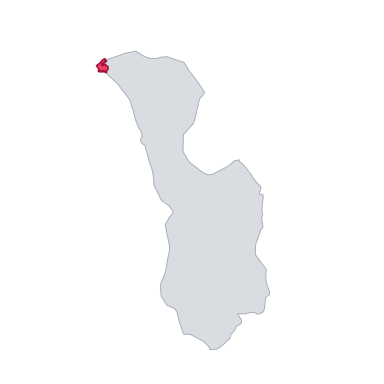 Rucavas pag., Rucavas, Latvia (highlighted), rotated 69°
{"feature_id": "27541924B59290429759101", "entity_name": "Rucavas pag.", "entity_type": "district", "adm_level": 2, "iso_a3": "LVA", "parent_name": "Latvia", "parent_adm1": "Rucavas", "projection": "natural_earth1", "projection_center": [21.143, 56.166], "detail": "fine", "context": "in_parent", "style": "filled", "palette": "rose", "viewbox_px": 384, "rotation_deg": 69, "n_neighbors": 0, "source": "geoboundaries", "source_scale": "gbopen_adm2", "svg_char_len": 3896}
<svg xmlns="http://www.w3.org/2000/svg" viewBox="0 0 384 384"><g transform="rotate(69 192 192)"><path d="M279.3,258.1L277.1,257.8L270.9,256.1L265.6,253.5L262.4,250.1L256.9,245.4L253.4,243.0L247.8,240.0L238.4,233.8L235.0,232.4L218.6,229.8L212.7,228.5L207.1,221.6L205.3,217.6L202.6,216.9L199.7,217.7L196.5,218.5L189.3,223.2L186.9,223.9L182.4,224.0L171.7,225.0L166.9,223.3L158.4,221.4L153.8,221.1L149.8,221.1L131.8,219.3L128.6,221.3L125.3,221.7L122.0,218.6L118.0,217.7L113.6,218.7L105.6,218.9L96.1,217.9L83.9,217.1L82.2,217.4L68.7,221.6L65.4,222.2L50.8,229.2L39.2,235.8L37.9,225.3L38.6,204.4L40.3,194.1L48.3,188.0L52.3,183.3L54.6,177.1L55.3,171.3L56.9,166.6L68.4,152.9L77.5,151.4L89.9,147.6L103.6,144.5L106.3,148.5L107.7,151.6L124.4,162.7L128.7,166.5L135.3,179.4L150.8,185.9L162.9,183.9L168.2,180.7L177.8,174.8L182.0,170.5L182.9,166.4L180.8,148.8L178.1,141.2L178.9,136.4L180.6,136.7L184.6,134.4L198.0,130.2L200.7,130.0L203.8,129.1L212.2,125.9L215.0,127.6L217.3,129.5L218.6,129.6L219.2,128.8L219.0,127.6L219.5,126.7L222.0,127.2L232.0,132.5L235.8,133.7L238.4,134.1L241.5,136.6L250.0,138.2L251.1,139.5L251.8,141.1L259.8,147.9L263.5,151.2L270.5,154.3L273.6,155.1L285.7,151.9L289.1,150.8L292.0,150.8L294.9,152.5L301.5,154.7L307.5,155.4L308.6,155.2L313.6,155.5L315.4,156.3L316.7,160.7L322.6,164.0L328.0,166.9L329.4,168.2L329.9,170.7L329.7,173.6L329.1,175.1L326.9,176.9L325.1,181.3L325.0,185.5L322.2,192.8L322.9,193.0L329.3,191.7L331.2,192.4L332.6,194.0L333.3,198.6L335.5,200.7L337.7,203.9L338.5,206.4L342.7,209.4L343.1,211.4L345.9,218.2L347.0,222.2L347.6,225.2L346.5,229.1L345.5,231.7L344.2,231.6L340.5,232.3L334.8,235.4L326.3,242.9L324.2,244.6L322.1,250.2L321.5,250.8L316.5,250.6L315.1,250.4L310.0,250.5L298.8,249.1L294.6,250.0L289.1,255.8L286.9,256.6L280.4,257.4L279.3,258.1Z" fill="#d9dde1" stroke="#a8b0b8" stroke-width="1"/><path d="M36.4,225.5L36.4,225.9L36.4,226.8L36.5,227.5L36.6,227.9L36.8,228.3L37.3,229.3L38.3,231.2L38.4,231.5L38.5,231.6L38.7,232.1L38.9,232.6L39.1,233.0L39.3,233.6L39.6,234.4L39.6,234.6L39.8,235.1L40.0,235.8L43.4,235.2L43.5,235.1L43.8,235.0L44.0,234.9L44.3,234.9L44.5,235.0L44.8,235.1L44.9,235.3L45.0,235.3L45.0,235.5L45.2,235.4L45.3,235.5L45.3,235.4L45.5,235.5L45.6,235.4L45.8,235.4L46.0,235.4L45.9,235.3L45.9,235.2L46.0,235.3L46.0,235.2L46.3,234.9L46.2,234.9L46.3,234.9L46.3,234.7L46.3,234.4L46.5,234.3L46.5,234.2L46.8,234.0L46.8,233.9L46.9,234.0L47.0,233.9L46.9,233.9L46.9,233.7L46.9,233.4L47.0,233.3L47.3,233.3L47.4,233.2L47.4,232.9L47.5,232.9L47.5,232.7L47.4,232.6L47.5,232.5L47.5,232.3L47.4,232.3L47.5,232.3L47.5,232.2L47.4,232.2L47.2,232.1L47.1,231.9L47.3,231.8L47.2,231.7L47.1,231.8L47.1,231.7L47.0,231.4L47.1,231.2L47.1,230.9L47.1,230.7L47.3,230.6L47.5,230.6L47.8,230.5L48.0,230.5L47.9,230.5L48.0,230.4L48.1,230.5L48.2,230.4L48.3,230.5L48.3,230.4L48.5,230.3L48.7,230.2L48.7,230.3L48.8,230.2L48.8,230.3L48.8,230.2L49.0,230.2L49.3,230.0L49.3,229.9L49.3,229.7L49.2,229.7L49.3,229.6L49.5,229.7L49.4,229.6L49.4,229.4L49.5,229.4L49.6,229.2L49.8,229.2L50.0,229.0L50.2,228.9L49.8,228.9L49.3,228.8L49.2,228.8L49.3,228.7L49.2,228.6L48.9,228.6L48.5,228.6L47.9,227.9L47.8,227.6L47.7,227.5L47.8,227.4L47.7,227.1L47.6,226.9L47.0,226.2L45.9,226.0L45.6,226.1L45.2,226.1L45.0,225.6L44.9,225.6L44.4,225.6L44.3,225.8L43.5,226.7L43.2,227.2L43.1,227.4L43.0,227.7L43.0,227.8L43.0,227.7L42.9,227.6L42.1,226.9L41.7,227.2L41.7,227.3L41.8,227.4L42.0,227.6L41.7,227.7L41.7,227.9L41.7,228.4L41.8,228.8L41.7,228.8L41.9,229.5L41.6,229.5L41.9,230.7L41.8,230.8L41.7,230.8L41.2,230.6L40.8,230.6L40.7,230.5L40.6,230.1L40.6,229.9L40.4,229.7L40.5,229.7L40.4,229.7L40.5,229.6L40.4,229.3L40.3,229.2L40.3,228.9L40.2,228.9L40.3,228.8L40.3,228.7L40.2,228.7L40.2,228.4L40.2,228.2L40.0,227.9L40.0,227.7L40.0,227.4L39.9,227.3L39.4,226.9L39.1,227.0L38.6,226.9L38.5,226.7L38.8,226.6L39.3,226.4L39.5,226.3L39.5,226.2L39.5,225.4L39.4,225.0L36.4,225.5Z" fill="#f43f5e" stroke="#9f1239" stroke-width="1.5"/></g></svg>